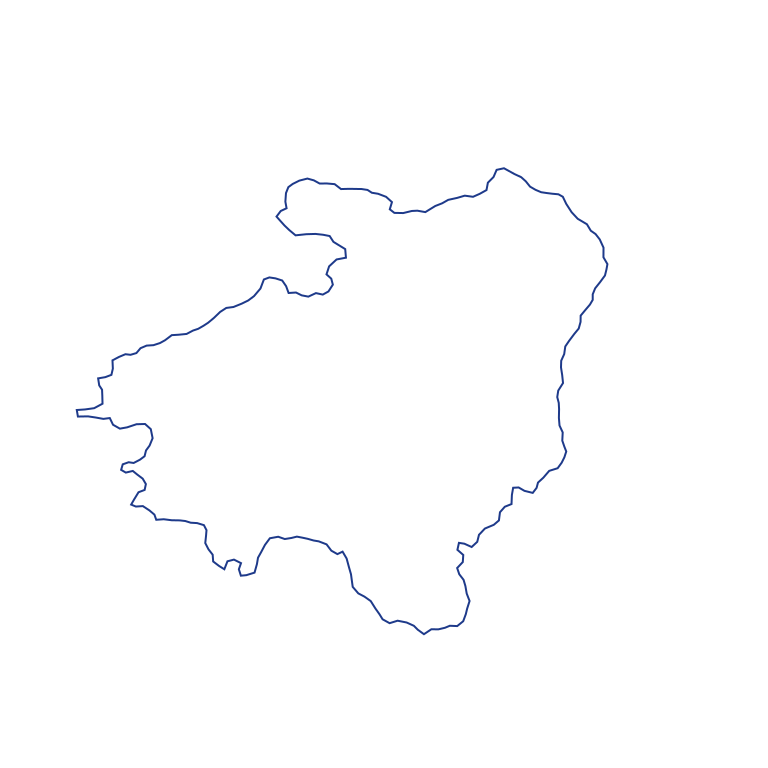 Santa Rita do Itueto, Minas Gerais, Brazil (orthographic projection), rotated 42°
{"feature_id": "56859067B20949833690763", "entity_name": "Santa Rita do Itueto", "entity_type": "district", "adm_level": 2, "iso_a3": "BRA", "parent_name": "Brazil", "parent_adm1": "Minas Gerais", "projection": "orthographic", "projection_center": [-41.399, -19.406], "detail": "fine", "context": "isolated", "style": "outline", "palette": "blue", "viewbox_px": 768, "rotation_deg": 42, "n_neighbors": 0, "source": "geoboundaries", "source_scale": "gbopen_adm2", "svg_char_len": 3585}
<svg xmlns="http://www.w3.org/2000/svg" viewBox="0 0 768 768"><g transform="rotate(42 384 384)"><path d="M581.1,543.2L583.3,534.6L588.6,529.9L592.4,524.4L594.7,519.6L600.4,514.9L601.6,507.3L598.8,500.3L596.1,495.3L592.8,488.0L585.7,484.4L579.7,479.7L574.2,476.3L567.2,475.0L561.5,471.8L561.7,463.6L557.3,458.0L549.5,458.1L546.0,451.9L550.6,448.9L558.2,446.5L558.9,438.9L555.5,432.5L555.7,423.9L559.8,415.2L560.7,408.5L556.0,401.7L555.9,394.4L559.1,387.9L553.3,380.9L549.4,374.7L553.3,370.8L559.9,369.4L567.4,365.4L566.9,359.1L564.4,354.2L565.1,347.1L564.9,338.0L569.4,330.4L568.7,323.6L567.1,317.8L564.6,312.2L560.0,309.9L554.4,306.8L549.2,300.4L542.2,297.4L536.7,292.2L530.9,285.5L526.5,281.1L521.5,277.8L517.9,272.3L516.4,263.5L510.4,258.1L504.4,253.2L500.1,248.1L497.9,241.2L493.6,234.8L492.7,228.2L491.9,219.4L491.6,212.5L488.5,206.3L484.4,201.6L484.1,194.2L483.9,187.2L482.8,181.8L479.1,177.7L476.9,171.6L476.4,163.6L475.6,155.5L472.6,149.9L469.8,145.4L462.3,143.0L455.9,135.8L447.6,132.2L440.9,131.0L435.1,131.7L427.9,129.5L417.4,131.6L408.5,130.8L398.9,128.2L391.6,125.2L386.7,126.3L381.6,130.1L377.3,133.1L372.5,136.3L366.7,138.3L360.5,139.6L353.7,138.5L347.6,138.5L340.4,140.7L328.8,143.4L324.4,149.5L326.9,156.9L326.5,164.9L330.4,171.3L327.9,178.6L324.9,185.3L318.0,190.0L313.8,196.8L308.5,204.2L306.3,210.8L303.0,217.4L299.7,228.6L292.8,232.9L288.9,236.8L283.9,244.1L277.2,249.9L271.4,250.3L268.2,243.5L260.3,243.5L252.3,246.6L247.0,250.0L241.9,250.8L236.9,254.1L233.0,257.5L227.6,262.2L221.6,267.9L213.6,268.5L207.5,273.1L202.0,278.1L195.6,279.6L189.6,282.6L185.0,289.5L182.3,296.4L181.2,301.7L183.4,307.7L188.7,314.5L194.0,318.6L191.5,324.5L192.1,331.5L198.3,332.2L204.1,332.8L210.5,333.0L218.8,332.7L226.0,324.7L232.7,318.3L238.8,313.9L244.6,310.4L251.3,312.2L256.8,311.2L264.9,309.7L271.2,315.6L265.4,323.2L264.5,333.3L267.9,341.0L274.3,341.0L279.5,344.4L280.8,352.4L278.7,358.5L272.6,362.0L269.3,369.7L263.5,373.2L257.4,374.9L252.2,380.2L245.8,376.8L239.1,375.2L232.7,378.1L227.5,381.5L224.8,386.7L228.3,395.7L228.6,405.7L227.2,412.8L224.5,419.5L220.6,427.5L215.9,433.0L214.0,440.1L213.4,448.6L212.3,456.2L210.9,461.5L209.0,467.3L206.3,472.1L203.8,478.9L198.5,484.7L193.6,489.7L192.0,498.0L190.1,503.5L186.7,509.4L181.9,514.3L179.1,520.3L179.3,526.7L176.1,531.9L171.9,534.9L168.9,541.3L166.4,548.1L172.2,554.0L175.3,559.6L172.3,565.4L167.8,571.1L173.3,575.6L178.3,576.9L182.5,581.2L188.0,587.0L184.8,595.9L178.9,602.9L173.1,608.9L178.3,613.0L185.7,606.1L192.2,601.8L198.8,597.7L203.0,592.8L209.9,595.6L217.6,593.9L222.1,588.1L227.0,579.5L233.2,573.6L240.9,573.6L248.3,579.1L251.0,586.6L251.6,592.6L254.4,597.9L253.3,603.5L250.8,610.2L246.6,613.0L243.6,618.5L246.1,623.7L251.4,622.6L255.5,616.7L261.3,616.4L268.0,615.8L274.0,617.7L277.0,622.9L274.0,628.7L275.6,637.3L276.8,642.8L281.6,641.1L286.5,636.1L294.3,634.9L300.8,634.7L305.6,637.3L310.8,631.9L317.4,627.3L323.5,622.0L328.0,618.8L333.2,616.4L338.2,612.4L344.6,609.4L349.9,611.4L353.4,616.0L357.6,621.8L364.2,624.3L370.9,625.5L375.8,630.2L383.1,629.6L389.3,628.5L386.3,620.5L390.0,614.9L397.6,612.8L400.1,618.8L405.9,622.2L409.6,618.2L414.0,610.8L410.1,602.9L406.6,597.4L405.2,591.2L403.2,583.2L402.4,575.0L407.6,568.3L414.0,565.6L418.2,560.4L421.4,555.7L426.2,552.8L430.9,550.1L436.4,547.4L440.8,544.6L448.6,541.6L456.4,543.1L463.2,541.6L465.4,536.3L473.0,538.7L480.1,543.3L486.8,547.5L491.4,551.4L496.5,555.7L505.0,556.8L511.7,555.1L519.4,554.2L527.9,556.6L534.6,558.1L540.4,559.8L548.2,558.0L552.5,550.8L560.4,546.1L568.0,543.7L573.6,544.0L581.1,543.2Z" fill="none" stroke="#1e3a8a" stroke-width="2"/></g></svg>